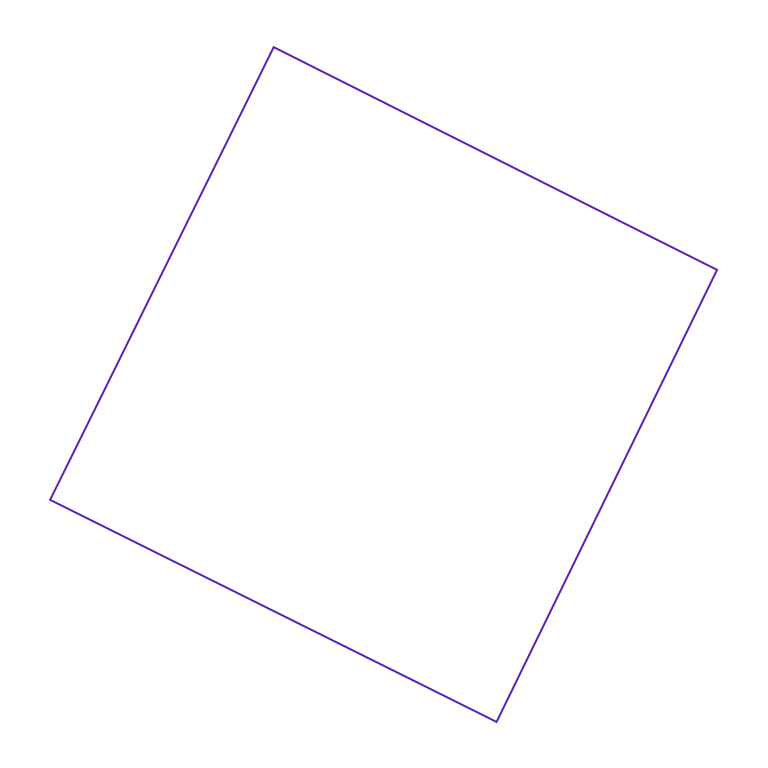 the district of Realicó, La Pampa, Argentina, rotated 116°
{"feature_id": "61730980B60690576919105", "entity_name": "Realicó", "entity_type": "district", "adm_level": 2, "iso_a3": "ARG", "parent_name": "Argentina", "parent_adm1": "La Pampa", "projection": "robinson", "projection_center": [-64.197, -35.226], "detail": "fine", "context": "isolated", "style": "outline", "palette": "violet", "viewbox_px": 768, "rotation_deg": 116, "n_neighbors": 0, "source": "geoboundaries", "source_scale": "gbopen_adm2", "svg_char_len": 430}
<svg xmlns="http://www.w3.org/2000/svg" viewBox="0 0 768 768"><g transform="rotate(116 384 384)"><path d="M129.6,630.8L234.8,631.3L384.4,632.1L536.8,632.8L633.2,633.3L634.5,633.3L635.6,500.3L635.6,495.1L636.7,353.2L638.3,143.0L638.4,134.7L634.8,134.7L579.0,134.7L451.9,134.7L346.7,134.7L168.6,134.7L150.6,134.7L135.4,134.7L135.3,147.0L134.2,243.5L131.8,445.1L129.6,630.8Z" fill="none" stroke="#5b21b6" stroke-width="2"/></g></svg>